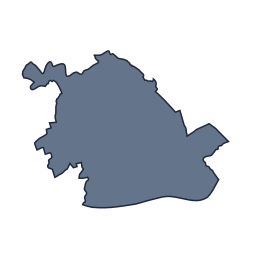 Go Cong Tay, Tiền Giang, Vietnam (orthographic projection), rotated 346°
{"feature_id": "81297802B95643835690721", "entity_name": "Go Cong Tay", "entity_type": "district", "adm_level": 2, "iso_a3": "VNM", "parent_name": "Vietnam", "parent_adm1": "Tiền Giang", "projection": "orthographic", "projection_center": [106.581, 10.355], "detail": "fine", "context": "isolated", "style": "filled", "palette": "slate", "viewbox_px": 256, "rotation_deg": 346, "n_neighbors": 0, "source": "geoboundaries", "source_scale": "gbopen_adm2", "svg_char_len": 5539}
<svg xmlns="http://www.w3.org/2000/svg" viewBox="0 0 256 256"><g transform="rotate(346 128 128)"><path d="M38.6,50.2L38.8,51.7L38.9,52.8L39.0,53.5L39.3,54.3L40.4,54.6L41.2,54.9L43.5,56.2L44.7,57.0L45.5,57.7L47.0,59.6L48.0,60.5L47.9,60.9L44.1,63.5L43.7,63.8L43.5,64.2L43.3,64.6L43.1,65.4L43.1,65.8L43.4,66.7L43.6,67.1L44.1,67.5L44.6,67.7L45.0,67.7L46.1,67.6L47.3,67.4L50.8,66.2L52.1,66.0L53.8,66.0L55.2,66.4L56.1,66.8L57.2,67.4L57.8,67.6L58.0,67.4L58.3,67.0L59.4,66.4L60.1,65.6L60.3,65.5L61.3,65.7L61.7,65.3L61.8,64.5L62.0,64.2L62.2,63.9L62.8,63.4L63.1,63.3L64.5,63.1L65.6,64.5L67.1,63.8L68.2,64.8L69.0,65.7L69.6,66.8L70.2,68.4L71.0,71.1L71.6,73.9L72.2,77.7L72.1,78.6L71.3,78.5L71.1,78.5L70.3,78.8L70.1,79.0L69.6,80.0L68.4,80.9L67.6,81.9L67.1,82.2L66.5,82.4L66.0,82.6L65.4,83.8L64.9,84.2L64.7,84.8L64.7,85.3L64.9,86.0L64.9,86.6L63.2,89.9L61.5,96.3L60.2,98.7L59.8,100.5L59.8,105.0L57.1,104.7L53.1,104.0L53.4,109.3L48.4,109.6L48.1,113.8L46.4,114.7L44.0,115.5L41.5,116.1L39.5,116.7L36.3,118.3L34.4,119.5L33.8,120.0L33.7,121.0L33.9,122.9L34.4,127.3L38.7,126.4L39.9,126.3L40.8,126.3L41.0,126.5L41.2,126.8L41.2,127.4L41.4,133.4L44.6,133.3L45.3,133.2L46.0,133.2L46.3,133.3L46.7,133.5L46.9,133.8L47.1,134.3L47.2,135.6L47.2,136.7L47.0,137.8L46.9,138.1L46.4,138.5L45.8,138.8L43.7,139.7L43.4,139.9L43.2,140.2L43.0,140.7L43.1,141.7L42.8,143.0L42.6,143.4L42.2,143.9L41.1,144.8L40.9,145.6L40.8,146.5L41.2,147.4L44.7,149.9L44.8,152.8L45.1,158.2L45.6,158.1L47.2,157.6L48.1,157.4L50.0,156.7L51.7,156.3L52.7,156.1L54.2,155.4L56.5,154.0L57.8,153.4L58.4,153.2L59.1,153.1L63.1,148.4L65.4,153.3L69.2,153.1L69.1,150.2L74.4,150.2L74.0,153.7L73.9,154.1L73.9,154.6L74.2,155.7L74.8,157.2L72.5,159.1L70.6,160.6L70.0,161.2L69.5,161.9L68.3,164.8L70.4,165.4L72.3,165.8L74.0,166.0L76.9,166.0L77.2,167.3L77.2,168.3L77.1,168.5L76.7,168.9L74.9,169.7L74.6,170.0L74.3,170.2L73.5,171.5L73.0,172.1L72.2,174.1L71.7,175.1L71.1,176.0L71.0,176.4L71.0,177.2L71.1,178.0L72.0,180.3L72.1,180.9L72.0,181.4L71.6,182.1L69.8,183.7L69.2,184.8L69.0,186.0L69.1,187.5L69.0,187.8L68.4,189.6L67.4,189.5L66.1,190.5L65.4,191.4L68.9,193.6L73.9,196.2L80.9,198.4L86.6,199.8L92.2,200.9L99.2,201.9L106.6,202.7L116.9,203.6L120.1,203.6L124.6,203.4L127.3,203.3L134.7,203.2L137.7,203.2L144.6,203.2L148.6,203.7L150.5,204.1L152.6,204.7L156.8,206.3L159.5,207.6L169.8,212.5L173.2,213.9L175.1,214.5L177.4,215.1L179.3,215.4L180.5,215.5L182.4,215.5L184.2,215.3L185.5,215.1L187.5,214.7L189.1,213.9L191.1,212.5L194.2,209.8L196.7,207.3L203.5,199.9L202.5,197.8L200.0,191.4L199.9,190.2L199.8,189.9L199.6,189.5L198.6,188.5L198.0,187.7L197.5,186.5L197.3,185.8L197.1,185.2L196.9,185.0L196.2,184.5L194.9,183.9L194.7,183.6L194.5,183.0L194.6,181.6L194.7,180.4L194.6,180.2L193.5,178.5L193.3,178.1L193.3,176.8L193.6,176.2L194.3,175.4L194.7,175.1L195.9,174.7L196.4,174.6L198.7,174.6L201.7,174.7L202.3,174.6L202.8,174.3L204.1,173.5L208.1,170.2L208.5,170.1L209.7,170.5L209.8,170.5L210.0,170.4L210.4,169.9L210.6,168.9L211.0,168.2L211.4,167.8L212.0,167.4L212.4,167.4L213.3,167.6L214.2,167.7L214.5,167.6L215.9,166.6L216.5,166.3L217.6,166.0L218.8,165.8L220.5,165.6L221.8,165.6L222.3,165.4L220.9,163.2L214.7,152.8L214.4,152.3L214.4,152.1L214.1,151.6L212.8,149.5L207.7,143.4L203.9,144.3L195.2,145.8L193.2,146.4L191.2,147.5L190.5,147.7L183.4,150.2L183.7,147.5L183.6,146.0L183.7,145.1L183.9,144.0L184.1,142.5L184.0,141.4L183.7,140.4L183.5,140.1L183.3,139.4L183.1,138.1L182.9,131.3L182.6,123.5L179.8,123.9L177.8,124.0L173.4,115.8L170.0,109.7L165.4,102.2L163.4,99.4L165.9,97.5L165.8,96.7L165.2,95.4L164.9,94.3L165.1,93.8L165.7,93.0L166.2,91.1L166.2,90.4L166.0,89.4L165.6,88.3L164.5,86.6L164.3,87.3L163.7,88.1L163.3,88.4L162.8,88.6L162.6,88.7L161.9,88.1L161.4,87.8L159.5,87.6L158.8,87.3L157.3,86.0L156.6,85.8L156.2,85.8L155.9,85.7L155.5,84.5L154.9,82.3L155.5,81.6L155.9,80.8L155.9,80.4L155.9,79.9L155.6,79.1L154.4,77.4L153.5,75.9L152.9,74.7L152.7,74.3L151.4,72.8L148.9,70.0L148.5,69.6L147.8,69.2L146.9,69.1L146.7,68.8L146.9,68.3L146.9,68.1L145.4,67.2L145.2,66.9L145.2,66.6L145.4,65.9L145.3,65.5L144.0,63.8L143.8,63.5L143.6,62.9L143.3,62.5L140.9,60.6L140.3,60.3L135.8,58.3L135.1,57.7L134.4,56.8L133.8,55.8L132.4,53.9L132.0,53.2L131.5,52.6L131.0,52.3L130.5,52.2L130.2,52.3L129.7,52.5L129.3,52.6L129.1,52.5L128.7,52.2L128.5,51.8L128.4,51.2L128.3,49.6L128.3,49.2L128.1,48.9L128.0,48.7L127.6,48.5L127.3,48.4L126.6,48.4L124.1,49.1L120.6,50.3L119.2,50.5L118.8,50.5L116.5,50.2L114.2,49.5L113.2,49.3L112.7,48.7L113.2,50.4L113.3,52.4L113.4,52.9L113.7,53.5L115.1,55.7L115.3,56.2L115.3,56.7L115.2,57.0L114.8,57.3L113.9,57.7L110.0,58.6L109.1,58.9L105.0,60.8L103.7,61.3L103.2,61.4L100.5,61.6L99.5,61.8L99.0,62.0L98.6,62.3L97.1,63.9L96.6,64.3L96.3,64.4L95.9,64.5L95.4,64.4L94.9,64.3L94.4,64.0L94.0,63.6L93.0,62.5L92.5,61.9L91.7,61.4L91.2,61.3L89.5,61.3L88.8,61.4L88.1,61.5L85.4,62.7L84.4,63.1L83.3,63.3L82.6,63.3L81.9,63.2L81.7,63.1L81.4,62.9L81.0,62.4L80.9,62.0L80.8,61.3L80.9,59.6L81.5,56.5L81.9,53.6L81.9,52.0L81.6,51.2L81.2,50.7L80.7,50.2L80.1,49.9L79.8,49.8L79.0,49.6L76.1,49.6L74.1,49.8L73.3,49.9L72.0,50.3L71.3,50.4L70.7,50.2L70.4,50.0L70.0,49.4L69.6,46.7L69.4,45.8L69.2,45.6L69.0,45.3L68.6,45.0L68.2,44.9L67.7,44.9L67.3,45.0L66.1,45.6L65.3,46.2L64.5,46.9L63.6,47.8L62.1,50.1L61.1,51.6L60.6,52.7L60.1,53.4L59.5,54.0L58.7,54.6L58.4,54.6L58.1,54.4L57.8,54.1L57.6,53.8L56.3,50.7L54.4,46.8L53.5,45.1L52.6,44.1L51.6,43.1L51.0,42.3L50.7,41.7L50.3,40.8L49.9,40.6L49.7,40.5L49.4,40.5L48.9,40.6L47.4,41.5L44.8,42.4L44.4,42.7L43.4,43.6L42.7,44.7L40.1,47.1L39.8,47.5L39.6,47.8L38.9,49.8L38.6,50.2Z" fill="#64748b" stroke="#1e293b" stroke-width="1.5"/></g></svg>